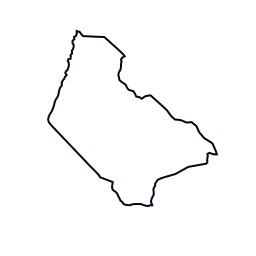 outline of Angico, Tocantins, Brazil, rotated 118°
{"feature_id": "56859067B97265145915421", "entity_name": "Angico", "entity_type": "district", "adm_level": 2, "iso_a3": "BRA", "parent_name": "Brazil", "parent_adm1": "Tocantins", "projection": "orthographic", "projection_center": [-47.92, -6.424], "detail": "fine", "context": "isolated", "style": "outline", "palette": "ink", "viewbox_px": 256, "rotation_deg": 118, "n_neighbors": 0, "source": "geoboundaries", "source_scale": "gbopen_adm2", "svg_char_len": 1864}
<svg xmlns="http://www.w3.org/2000/svg" viewBox="0 0 256 256"><g transform="rotate(118 128 128)"><path d="M88.6,123.4L90.0,125.4L91.7,127.5L93.3,128.4L95.7,129.7L95.4,132.9L96.4,135.4L94.4,138.0L93.0,140.5L93.3,142.3L93.9,144.2L93.7,146.2L92.5,148.3L90.9,150.4L90.5,153.1L90.4,155.1L89.7,158.0L87.5,159.9L85.5,161.5L82.8,162.3L80.9,162.0L79.0,162.3L76.9,163.1L74.6,164.3L72.5,164.8L70.9,166.3L68.9,166.2L66.2,164.6L65.4,166.4L64.6,168.7L62.1,178.1L61.7,180.1L58.8,191.6L62.5,199.3L68.0,210.9L67.2,213.0L65.9,215.7L66.5,218.8L68.7,217.6L70.9,217.1L73.0,218.4L74.8,217.0L76.9,217.9L79.0,217.0L80.1,215.0L82.0,214.0L84.0,213.6L86.1,213.9L88.4,212.4L90.8,212.9L92.2,211.9L93.9,211.2L95.1,212.9L96.9,212.7L98.4,210.8L100.8,209.5L102.9,209.0L105.0,208.6L106.9,209.4L108.9,209.2L110.0,207.0L112.3,207.6L114.5,207.4L116.3,207.9L118.9,207.9L121.5,206.4L124.4,206.9L126.8,206.4L129.0,205.9L131.0,205.2L133.2,204.8L135.3,205.0L137.6,205.1L140.6,204.6L143.4,203.8L146.4,203.4L149.2,203.1L152.0,203.5L155.4,203.3L158.2,202.4L160.1,200.6L161.7,196.8L162.3,195.0L178.6,146.1L179.8,142.5L181.2,137.7L182.0,135.3L183.4,131.2L184.6,129.8L182.9,116.1L184.9,115.4L186.9,114.7L188.7,113.7L189.9,111.8L190.1,109.7L190.8,107.0L192.7,104.7L193.9,102.7L195.6,100.7L196.1,98.4L197.2,96.1L196.7,93.2L195.3,90.1L193.4,88.4L191.9,86.2L190.6,83.9L189.7,82.0L189.0,80.4L188.8,78.1L188.2,75.7L187.6,73.7L185.9,72.3L184.9,70.3L183.3,72.0L182.0,73.3L179.4,73.9L176.9,74.0L174.8,74.0L172.5,75.3L170.6,76.6L168.6,77.1L166.4,76.9L164.4,77.9L162.0,77.7L159.9,77.5L156.2,74.6L146.2,64.4L134.1,56.6L122.8,42.2L121.1,41.8L119.5,42.8L117.9,43.7L115.7,44.2L113.6,45.7L111.7,44.4L111.4,42.0L110.9,39.6L109.5,37.2L107.0,39.8L101.9,46.3L101.2,56.0L98.2,63.4L94.2,68.4L93.0,74.6L95.7,78.9L96.3,85.3L98.5,90.7L97.2,95.5L94.1,101.9L92.3,108.6L88.6,123.4Z" fill="none" stroke="#020617" stroke-width="2"/></g></svg>